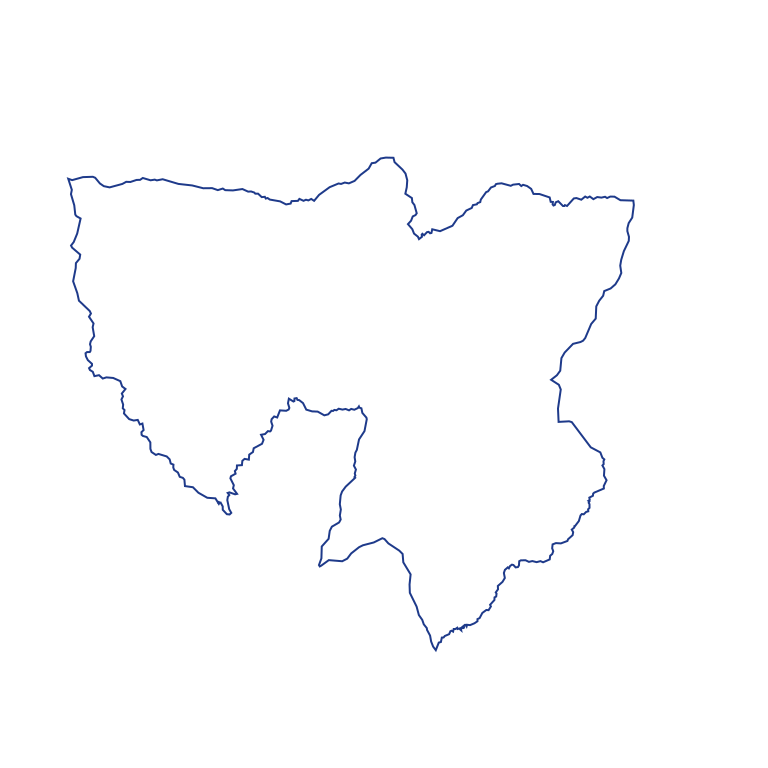 Versalles, Valle del Cauca, Colombia, rotated 347°
{"feature_id": "7082276B43348198009946", "entity_name": "Versalles", "entity_type": "district", "adm_level": 2, "iso_a3": "COL", "parent_name": "Colombia", "parent_adm1": "Valle del Cauca", "projection": "albers", "projection_center": [-76.216, 4.612], "detail": "fine", "context": "isolated", "style": "outline", "palette": "blue", "viewbox_px": 768, "rotation_deg": 347, "n_neighbors": 0, "source": "geoboundaries", "source_scale": "gbopen_adm2", "svg_char_len": 6165}
<svg xmlns="http://www.w3.org/2000/svg" viewBox="0 0 768 768"><g transform="rotate(347 384 384)"><path d="M444.1,165.7L436.7,163.8L431.4,163.5L425.5,166.4L421.7,166.1L417.5,170.7L408.1,175.0L401.0,179.5L394.9,180.6L391.1,178.9L387.2,179.4L384.8,178.4L375.3,180.0L363.3,185.1L357.1,189.8L354.7,187.3L351.6,188.1L349.4,186.9L346.8,187.4L343.2,184.6L341.3,186.2L335.1,185.0L333.6,187.2L329.0,187.0L323.9,182.7L314.2,178.6L312.4,176.6L310.5,176.7L310.0,174.8L306.9,174.4L304.1,170.2L301.4,169.6L300.7,168.3L297.8,166.5L294.9,166.0L289.9,162.2L280.4,161.4L272.9,159.4L270.9,157.3L265.7,157.7L260.6,154.5L251.9,152.6L241.8,147.4L228.7,142.8L214.4,134.7L208.5,134.5L206.6,133.3L202.4,133.0L195.3,129.0L192.3,130.2L188.8,129.5L182.3,130.1L178.3,129.0L174.1,130.2L160.9,130.7L155.5,128.2L152.3,124.7L149.0,118.1L146.9,116.6L137.2,114.7L126.0,115.2L122.5,113.0L123.5,124.6L121.7,128.6L122.4,140.2L121.3,149.5L122.1,151.3L125.6,154.5L118.9,168.4L113.6,175.9L110.2,178.7L110.8,181.0L117.1,189.6L115.5,193.5L111.0,196.9L109.7,201.7L104.2,214.0L105.6,226.5L105.5,234.2L113.7,246.7L114.3,249.4L111.7,252.1L114.6,259.7L112.9,263.1L112.4,272.2L107.8,276.5L106.5,279.1L106.7,281.8L105.5,285.7L104.5,286.7L101.8,286.1L100.1,286.9L99.8,290.1L100.8,294.1L104.0,298.7L103.6,300.4L100.2,302.2L100.6,304.2L103.0,306.6L103.6,311.2L108.3,311.3L111.2,315.4L115.0,315.1L121.5,317.2L127.7,321.9L128.3,327.5L131.0,330.7L126.4,334.3L126.9,337.3L124.7,340.0L125.2,345.4L124.0,348.9L125.3,351.0L124.0,354.2L127.8,360.9L131.9,363.3L136.0,363.6L137.0,368.5L139.7,368.2L139.4,374.8L136.8,376.4L136.4,379.0L137.4,380.4L140.9,382.3L143.2,388.3L141.8,394.7L142.2,398.0L145.8,401.8L148.5,401.4L156.0,405.7L158.2,409.2L158.3,413.5L160.7,415.2L159.9,417.9L160.2,420.5L163.3,423.9L164.1,428.5L166.9,430.2L168.0,432.3L167.1,438.7L174.6,441.6L178.7,448.2L186.2,455.1L194.0,457.5L196.1,463.7L197.2,462.6L195.7,462.3L196.0,461.5L198.2,463.1L199.3,467.0L198.6,470.3L201.6,475.5L204.2,476.4L206.2,475.2L205.0,471.1L205.2,461.9L206.5,458.7L208.3,457.4L207.2,455.0L209.0,454.8L214.1,458.0L216.1,458.0L213.4,451.8L214.9,448.8L213.1,441.4L214.1,439.5L219.2,438.0L219.1,435.3L221.5,433.6L222.4,430.3L227.3,431.1L228.7,427.0L231.3,425.6L235.3,427.3L236.8,422.5L241.0,420.8L242.6,417.3L251.7,414.8L254.1,411.3L252.8,405.8L256.8,406.0L260.3,403.8L262.3,404.6L263.4,404.0L266.0,399.6L265.6,395.3L266.6,393.0L269.7,390.9L272.4,392.6L276.7,386.3L282.7,388.1L285.4,387.4L286.4,386.0L286.1,381.2L288.0,376.9L291.8,380.7L292.8,380.5L293.5,378.0L295.7,378.1L296.1,380.0L297.8,380.7L300.8,384.4L302.5,391.5L307.8,394.5L313.2,396.0L318.8,401.1L322.8,401.0L326.8,398.3L328.3,398.8L329.8,398.1L331.8,398.9L334.3,397.9L337.8,399.6L341.0,399.7L344.0,401.8L346.4,400.9L349.3,402.4L353.0,401.6L354.5,400.2L354.7,401.5L356.5,402.6L356.4,407.3L359.3,412.8L359.3,414.4L354.4,425.5L347.2,432.4L342.7,442.1L340.7,444.4L338.9,448.7L338.6,453.0L336.3,456.8L337.4,461.0L335.4,464.6L335.5,466.8L334.3,468.0L334.8,468.9L323.6,475.4L319.0,479.3L316.7,482.8L313.9,491.2L313.7,496.6L311.4,502.2L311.3,506.3L309.1,508.8L301.1,511.3L298.1,514.9L295.2,522.4L286.8,528.3L283.8,539.8L279.9,545.8L280.4,547.3L281.9,546.9L290.6,543.2L303.4,547.3L308.9,545.9L313.9,541.7L323.0,537.4L327.2,536.4L338.4,536.1L347.7,533.9L349.6,535.2L352.4,540.3L361.4,549.8L363.9,553.8L362.7,562.1L367.1,575.5L363.8,585.1L362.2,593.3L365.7,608.2L366.0,617.0L368.2,622.4L368.7,627.1L370.8,631.5L370.6,633.2L372.3,639.5L372.0,645.5L372.8,650.9L374.6,655.0L379.2,648.3L381.4,648.2L383.3,644.1L385.0,644.4L386.6,643.2L391.2,642.4L393.1,639.8L394.4,639.6L395.6,640.8L396.8,638.4L398.4,638.8L400.5,638.0L400.6,639.3L402.2,639.2L403.8,641.4L403.9,639.2L406.7,639.7L407.3,639.0L405.8,638.3L408.6,636.9L409.6,637.1L410.0,638.7L410.8,637.3L413.6,638.3L418.3,637.5L421.7,636.2L422.2,634.1L424.5,633.6L428.3,629.2L432.9,627.2L435.0,627.9L438.1,624.8L437.7,623.0L443.0,619.3L443.7,616.8L445.5,616.3L446.5,613.6L446.0,612.2L448.9,609.7L449.5,606.4L454.9,603.5L458.1,600.2L458.3,595.1L460.0,592.3L463.4,590.5L464.2,591.7L465.9,589.7L468.0,588.8L469.4,589.5L471.0,592.3L473.3,592.5L474.7,591.1L475.9,587.1L477.7,586.6L482.3,587.6L485.2,589.9L488.7,589.9L492.6,591.9L496.6,591.8L498.9,593.5L506.0,592.2L507.3,588.7L509.7,587.5L511.3,585.0L510.9,581.9L512.2,578.2L515.7,577.7L520.5,579.1L527.4,578.2L528.4,576.7L533.8,573.7L535.0,570.9L534.2,568.1L537.0,566.7L537.9,564.6L537.9,565.6L543.0,561.4L545.9,556.3L547.5,555.2L549.3,555.9L552.2,554.1L554.4,554.0L554.7,552.0L556.4,550.9L557.2,547.3L556.7,545.8L557.7,544.7L556.9,543.8L558.4,543.2L558.5,540.9L562.4,539.9L563.2,537.8L564.5,537.1L574.7,535.3L575.2,532.8L579.2,527.8L577.7,522.8L579.6,516.5L578.5,512.5L580.0,511.5L580.5,508.6L581.7,507.0L580.2,505.0L579.4,499.3L571.2,492.2L558.4,463.4L556.0,462.0L545.6,460.2L548.0,447.1L555.0,429.1L554.2,424.1L547.8,417.5L554.4,414.4L558.7,410.7L562.7,398.7L567.1,394.0L577.2,387.4L584.9,387.3L587.7,386.6L590.4,384.5L599.4,372.1L605.0,367.9L608.3,356.1L612.4,351.3L617.4,347.3L619.5,343.0L626.3,341.9L631.9,338.9L636.7,334.0L640.2,329.2L640.8,321.8L643.1,316.3L647.6,308.5L654.7,299.6L655.8,295.7L655.5,289.8L656.2,286.9L658.6,282.3L663.3,277.7L667.7,265.8L668.2,261.4L655.7,258.1L650.7,253.3L646.6,252.3L643.2,253.0L641.5,251.3L637.8,251.3L633.8,249.8L629.6,251.0L626.7,247.6L624.1,248.3L622.2,246.6L617.7,248.8L613.3,246.1L610.7,245.9L602.4,251.7L600.5,250.4L599.7,251.1L598.4,250.8L594.9,245.1L592.2,245.6L590.7,248.0L589.3,248.2L588.7,246.9L589.5,244.6L587.4,244.0L587.4,239.5L578.3,233.9L572.4,232.4L571.3,227.0L568.0,223.3L564.3,221.2L562.3,222.0L560.6,219.5L554.6,218.8L552.1,219.4L543.7,214.9L539.6,214.4L537.9,214.5L536.6,216.0L532.4,216.6L528.7,219.7L526.7,220.0L519.8,226.1L518.7,228.4L515.8,228.8L514.9,229.8L510.9,229.7L509.1,232.2L503.2,233.5L498.8,237.3L493.1,238.9L486.3,245.2L473.0,247.7L465.8,244.1L464.2,247.5L462.8,247.5L461.7,245.8L460.1,245.7L456.5,248.1L455.2,246.3L454.3,247.0L454.1,249.1L450.7,250.7L450.2,248.1L447.1,244.2L446.4,239.5L443.3,233.6L447.1,231.0L449.7,227.2L452.7,226.5L454.3,225.0L453.9,216.4L452.5,213.3L453.0,209.1L447.6,203.4L450.4,197.5L452.5,190.7L452.3,183.8L450.2,179.2L444.2,170.2L444.1,165.7Z" fill="none" stroke="#1e3a8a" stroke-width="2"/></g></svg>